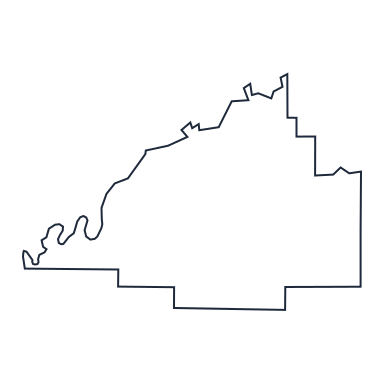 outline of Gibson, Indiana, United States of America
{"feature_id": "52423323B43941420318175", "entity_name": "Gibson", "entity_type": "district", "adm_level": 2, "iso_a3": "USA", "parent_name": "United States of America", "parent_adm1": "Indiana", "projection": "mercator", "projection_center": [-87.738, 38.349], "detail": "fine", "context": "isolated", "style": "outline", "palette": "slate", "viewbox_px": 384, "rotation_deg": 0, "n_neighbors": 0, "source": "geoboundaries", "source_scale": "gbopen_adm2", "svg_char_len": 1178}
<svg xmlns="http://www.w3.org/2000/svg" viewBox="0 0 384 384"><path d="M287.3,74.1L280.6,77.6L282.5,86.8L273.6,91.5L271.3,98.4L258.3,93.3L251.9,95.0L250.2,83.8L243.8,88.1L248.4,100.2L231.7,101.3L218.7,127.2L199.3,130.2L198.7,124.1L192.2,128.2L190.3,122.5L181.5,130.0L187.4,136.9L168.1,145.7L145.8,150.5L145.4,154.0L138.1,164.2L127.9,178.4L114.8,183.4L106.5,193.8L101.5,207.9L101.8,219.2L102.3,224.2L101.4,228.1L97.3,236.6L94.8,238.8L90.4,239.6L86.2,236.5L84.6,230.2L87.5,220.4L86.2,217.5L83.3,216.0L80.2,217.3L77.3,221.4L75.3,228.3L73.8,233.2L68.8,237.0L63.4,243.9L61.2,244.2L58.8,243.0L58.0,239.2L59.9,235.1L62.7,230.7L63.0,226.6L59.4,224.2L55.1,224.7L48.9,228.7L46.4,237.3L41.6,240.3L43.1,246.8L46.5,249.2L44.5,252.4L39.4,254.8L38.1,259.1L38.5,262.2L37.4,264.1L34.8,264.5L33.0,263.9L32.2,261.7L32.5,260.1L26.5,251.7L23.9,250.9L23.7,251.5L23.4,252.3L23.0,256.6L23.8,261.8L24.8,268.6L118.3,269.5L118.1,286.6L174.1,287.2L174.0,308.0L285.1,309.9L285.3,287.0L341.4,286.8L360.6,286.7L360.6,258.3L360.6,230.4L361.0,171.6L349.2,173.3L340.6,167.5L333.2,174.6L315.1,175.5L315.2,136.5L296.5,136.6L296.5,117.8L287.5,117.7L287.3,74.1Z" fill="none" stroke="#1e293b" stroke-width="2"/></svg>